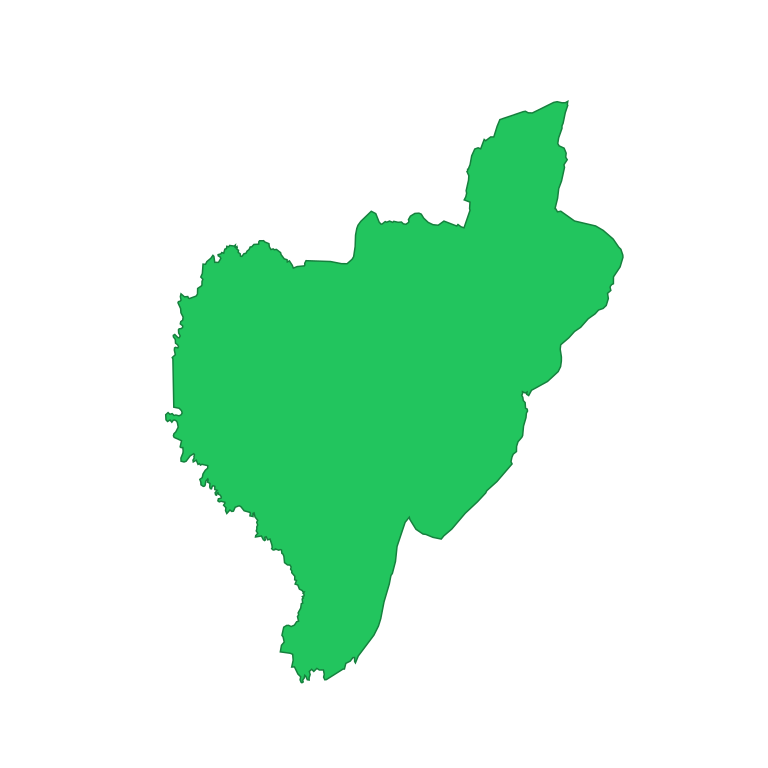 outline of Kong Krailat, Sukhothai, Thailand, rotated 189°
{"feature_id": "78962969B68558189238203", "entity_name": "Kong Krailat", "entity_type": "district", "adm_level": 2, "iso_a3": "THA", "parent_name": "Thailand", "parent_adm1": "Sukhothai", "projection": "equal_earth", "projection_center": [100.025, 16.942], "detail": "fine", "context": "isolated", "style": "filled", "palette": "green", "viewbox_px": 768, "rotation_deg": 189, "n_neighbors": 0, "source": "geoboundaries", "source_scale": "gbopen_adm2", "svg_char_len": 6142}
<svg xmlns="http://www.w3.org/2000/svg" viewBox="0 0 768 768"><g transform="rotate(189 384 384)"><path d="M598.6,441.3L598.8,438.5L597.6,435.1L598.3,433.9L599.9,433.2L600.2,432.0L596.7,426.7L595.7,422.6L592.9,418.7L592.8,415.6L594.5,413.8L594.6,411.5L592.1,410.1L591.7,408.7L592.6,407.2L595.0,406.4L595.5,405.4L594.8,402.3L592.8,399.6L593.5,397.7L594.7,397.5L598.4,400.2L599.7,399.1L599.4,397.6L597.1,395.3L596.3,391.7L593.9,390.4L592.8,388.7L593.3,387.4L595.7,387.6L596.5,386.9L596.4,384.7L594.7,380.3L597.3,377.0L596.4,375.6L588.0,328.2L582.5,328.0L579.8,325.9L578.8,323.7L579.7,321.7L581.5,320.5L584.7,320.8L586.5,320.1L588.6,321.6L590.8,320.6L592.8,322.0L594.8,319.5L593.7,314.5L591.9,313.1L589.7,315.0L587.6,313.1L586.5,315.2L585.2,315.7L583.2,315.0L582.1,313.6L580.5,309.2L582.1,304.2L583.7,302.0L583.9,299.9L582.9,298.4L575.1,296.3L575.5,290.0L574.4,289.4L572.8,289.8L571.9,286.5L571.8,284.3L573.0,279.1L572.4,276.0L569.3,275.7L567.4,276.7L564.2,282.7L561.0,285.4L560.1,284.4L560.4,282.7L559.9,281.1L560.8,278.9L560.2,277.2L557.5,279.4L555.1,275.5L553.9,276.5L552.6,275.2L551.2,276.2L545.3,275.8L545.0,273.2L547.0,270.9L548.7,266.9L548.9,263.1L551.0,261.0L549.6,258.5L549.0,255.8L546.5,254.6L545.3,255.1L544.8,256.2L544.8,260.2L543.2,262.7L542.6,261.7L543.0,259.5L540.4,258.6L540.0,255.0L539.1,253.5L538.0,253.5L537.7,255.7L537.0,256.8L535.1,256.4L534.6,253.3L532.1,252.9L533.8,250.2L533.0,248.2L532.0,248.0L531.6,250.4L531.0,250.8L530.2,249.2L528.5,248.7L527.0,247.0L527.1,245.7L529.6,244.7L529.8,242.6L528.3,241.8L526.5,242.7L522.7,242.3L522.5,241.3L523.5,239.2L520.8,237.1L520.7,234.1L519.0,231.5L516.5,235.4L514.4,234.3L512.8,234.9L511.7,239.0L508.0,241.1L506.1,240.4L502.3,236.9L496.2,236.2L495.8,235.5L495.8,232.8L492.6,232.6L493.2,235.7L492.2,236.4L490.6,232.5L487.4,229.6L488.1,227.5L486.7,225.0L487.3,223.0L486.9,220.9L487.2,218.9L485.3,216.8L487.0,214.1L487.0,212.8L481.3,214.7L478.8,211.3L477.4,210.7L476.7,211.5L477.8,213.9L476.5,214.7L474.5,211.9L472.3,213.0L469.6,207.6L468.8,205.0L469.2,203.8L467.5,202.7L465.9,203.2L465.6,204.1L461.9,203.4L460.7,204.2L459.3,204.0L458.4,200.8L457.1,200.1L455.9,198.1L454.3,192.0L451.0,190.2L448.6,190.5L447.1,188.8L447.3,186.5L445.8,185.0L445.6,183.2L442.0,180.1L441.6,176.6L439.7,176.3L440.5,172.5L437.7,172.0L435.5,168.2L432.5,167.2L431.7,166.1L430.3,166.1L431.2,164.6L430.2,164.0L429.8,162.3L431.4,161.3L430.2,160.0L431.2,158.8L430.0,154.8L431.3,154.1L431.2,149.6L433.0,144.5L432.2,142.6L433.1,140.8L431.3,136.4L433.1,135.5L434.8,131.8L437.8,129.9L440.4,130.7L442.4,130.3L445.0,128.1L445.5,119.8L444.1,118.4L442.2,113.5L444.4,109.9L444.5,103.2L434.5,103.4L431.9,102.7L430.5,96.9L430.9,90.0L428.2,90.6L423.6,84.0L420.5,81.8L420.6,78.7L419.1,76.3L418.3,76.1L417.2,77.1L418.0,78.8L416.8,81.1L416.7,83.9L415.5,83.1L413.5,79.9L411.6,79.9L412.0,82.1L411.5,85.5L412.8,88.4L410.8,90.9L408.4,89.1L405.8,92.6L403.1,91.4L399.1,92.1L397.6,87.9L397.8,85.0L396.2,82.6L394.7,83.0L379.9,96.0L378.5,96.3L378.0,102.1L374.0,105.0L371.9,108.9L370.3,109.2L369.6,105.3L368.6,104.1L366.9,111.3L354.7,134.3L351.6,144.1L350.5,151.7L349.9,168.8L347.5,187.2L347.2,195.9L346.1,198.2L344.9,210.6L345.7,225.5L341.5,250.7L338.2,256.4L337.2,254.2L329.7,245.5L322.0,241.9L319.1,242.0L311.7,240.2L303.2,239.8L301.2,243.3L294.3,251.4L283.5,269.1L273.3,282.2L266.5,292.3L265.8,294.7L257.2,305.3L245.0,325.1L246.4,327.2L246.2,331.6L245.4,334.9L242.6,338.0L243.3,343.1L242.6,347.9L239.5,353.0L239.0,354.8L239.6,364.3L238.5,373.0L238.8,377.5L238.0,379.7L238.6,381.6L240.4,382.2L241.7,387.7L243.9,389.5L244.8,392.5L246.2,394.5L245.6,396.2L246.0,398.1L243.0,397.2L241.5,398.4L241.5,396.2L239.3,395.2L237.3,400.9L222.8,412.2L213.9,423.5L212.3,428.8L212.4,434.4L213.0,438.4L215.4,445.9L215.6,450.4L208.7,458.5L204.0,465.7L198.6,470.8L192.5,480.4L186.4,486.4L183.7,490.6L179.4,492.9L176.8,496.3L175.8,503.5L177.4,508.5L174.6,511.9L175.8,514.8L175.7,516.0L174.7,517.8L173.1,518.9L174.1,525.7L169.1,536.6L167.8,546.5L168.3,548.7L171.1,554.1L173.6,555.9L180.3,563.0L191.5,570.0L199.7,573.2L221.3,574.8L236.4,582.3L239.6,581.2L241.8,583.9L242.5,584.0L241.6,594.6L242.0,604.3L240.4,612.3L239.6,626.2L240.6,628.7L238.1,634.2L240.0,636.4L240.2,640.5L243.0,645.1L248.3,646.6L250.0,648.7L250.0,654.5L248.2,664.3L248.6,666.9L247.9,669.5L247.4,680.3L246.1,688.0L246.7,688.8L246.7,691.9L248.9,690.2L252.1,689.6L257.1,689.9L260.4,688.7L279.9,674.9L284.0,674.4L287.0,675.5L289.0,674.8L310.9,663.3L312.6,656.2L314.2,645.2L317.3,644.7L321.6,640.2L323.3,641.2L325.3,631.4L328.0,632.0L331.1,630.3L333.1,623.1L333.3,614.2L334.4,609.4L335.0,609.2L334.8,607.3L335.3,606.8L332.8,603.0L332.4,598.5L333.1,587.8L332.2,585.3L332.5,581.7L333.6,578.4L327.5,577.1L326.9,570.6L326.2,569.0L329.4,550.8L332.5,551.3L335.9,553.1L336.9,551.4L350.3,554.3L355.3,549.3L360.5,549.0L365.6,550.5L370.7,554.0L373.8,557.6L376.2,558.2L380.2,557.3L384.2,553.9L385.6,550.1L384.9,548.8L385.0,547.5L387.3,545.2L389.9,545.2L392.1,546.7L395.4,545.9L399.8,546.2L400.7,545.0L404.0,545.8L406.6,544.2L408.2,544.6L410.7,541.9L411.9,541.4L414.1,543.1L418.8,551.0L423.6,552.6L432.3,541.1L434.5,536.8L435.2,533.4L435.4,526.6L434.0,515.2L433.9,505.0L435.1,502.1L439.3,497.0L444.9,496.2L456.0,496.6L480.3,493.6L481.2,490.8L480.8,489.2L481.2,488.2L488.1,486.4L491.7,484.3L493.1,486.8L496.7,490.8L498.6,489.4L499.2,491.6L502.1,492.0L505.9,495.7L506.7,497.6L511.3,500.1L513.4,499.4L514.6,500.1L516.7,499.1L518.7,501.6L519.6,504.6L523.8,505.6L525.3,506.7L529.3,506.0L529.9,504.9L529.7,502.5L534.3,501.5L536.1,498.8L537.6,498.4L538.3,495.7L540.0,493.9L540.8,491.5L542.7,490.8L544.3,487.8L545.7,487.8L546.4,490.1L548.6,491.2L548.6,493.3L550.5,494.2L550.3,495.7L550.8,496.8L552.0,495.4L552.6,495.9L552.6,497.9L553.5,496.8L558.1,496.7L558.8,495.2L560.8,495.4L560.8,493.1L562.3,492.3L562.8,488.1L564.8,488.5L565.4,487.1L568.1,485.8L567.8,484.7L565.8,483.9L564.8,482.5L566.5,478.2L570.2,477.7L572.0,483.5L573.1,484.3L574.7,481.1L578.1,477.2L579.0,474.3L581.5,474.1L580.7,464.7L581.7,461.0L579.3,459.1L579.8,456.8L579.3,453.4L579.7,452.3L583.0,449.2L582.3,443.6L583.4,441.4L589.5,438.0L590.5,438.2L591.5,439.7L594.7,438.9L598.6,441.3Z" fill="#22c55e" stroke="#15803d" stroke-width="1.5"/></g></svg>